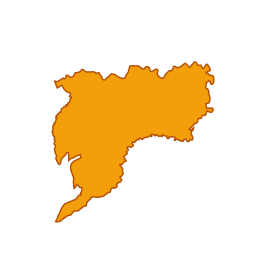 outline of La Tebaida, Quindío, Colombia, rotated 163°
{"feature_id": "7082276B51797720548410", "entity_name": "La Tebaida", "entity_type": "district", "adm_level": 2, "iso_a3": "COL", "parent_name": "Colombia", "parent_adm1": "Quindío", "projection": "robinson", "projection_center": [-75.811, 4.441], "detail": "fine", "context": "isolated", "style": "filled", "palette": "amber", "viewbox_px": 256, "rotation_deg": 163, "n_neighbors": 0, "source": "geoboundaries", "source_scale": "gbopen_adm2", "svg_char_len": 5867}
<svg xmlns="http://www.w3.org/2000/svg" viewBox="0 0 256 256"><g transform="rotate(163 128 128)"><path d="M184.4,194.2L184.1,189.0L183.9,187.0L182.2,187.3L180.0,188.2L178.7,188.0L177.9,184.0L176.4,181.1L174.8,179.6L173.1,178.9L173.3,176.5L174.6,175.3L174.2,174.7L173.2,174.0L173.3,173.7L173.6,173.2L174.3,173.0L175.1,172.3L175.4,170.9L176.4,169.8L177.2,169.5L178.2,169.6L178.4,168.5L179.2,167.6L179.4,167.5L180.6,168.4L180.8,168.2L180.6,167.0L180.9,166.7L181.6,166.7L182.9,167.1L184.1,166.2L185.6,165.9L186.7,165.0L186.8,163.8L187.4,162.9L188.0,162.8L188.8,163.2L189.1,163.1L190.5,161.9L191.8,161.5L192.1,160.7L193.3,160.5L193.5,160.0L192.9,159.7L192.9,159.3L193.8,159.1L194.0,158.8L193.5,158.3L193.5,157.7L194.2,157.3L195.8,154.9L197.7,154.0L197.7,153.4L197.1,152.9L197.3,152.6L199.1,152.0L199.6,151.4L199.5,150.1L200.1,149.4L200.0,148.1L200.4,147.6L201.3,147.3L201.7,146.7L201.7,145.8L201.2,144.4L201.8,143.5L201.8,142.8L201.6,142.1L200.8,141.2L200.8,140.7L201.0,140.2L201.8,139.5L201.3,138.7L201.9,137.8L201.7,136.4L203.2,134.8L203.3,134.1L202.7,132.8L202.6,131.8L203.0,130.9L204.4,129.7L204.5,129.3L204.9,125.2L204.3,122.8L205.6,120.5L205.9,119.1L205.1,114.2L204.1,113.1L203.7,113.2L203.0,114.0L200.6,117.9L198.5,119.2L196.9,119.7L195.9,120.8L194.9,121.3L193.9,122.4L192.3,122.0L193.1,117.7L194.2,114.3L191.3,115.5L188.9,115.4L186.1,116.3L181.4,116.3L181.6,115.9L181.5,113.4L189.1,112.1L191.6,111.0L192.5,110.2L193.6,108.7L194.4,107.3L194.6,106.3L195.0,103.0L194.6,98.4L194.6,95.7L195.9,92.5L196.3,90.9L196.4,88.2L196.9,88.4L197.1,86.6L197.7,85.6L196.0,86.6L193.3,88.8L192.2,87.2L191.6,85.4L191.0,84.9L189.7,84.6L189.4,84.0L190.9,81.0L191.7,80.1L192.6,79.5L192.4,78.3L192.6,77.5L194.6,78.1L198.7,75.1L208.9,74.2L210.8,73.7L212.2,72.9L215.2,70.5L218.3,66.6L220.6,64.5L222.2,62.0L224.6,59.8L223.5,59.0L220.1,58.6L220.1,58.9L211.7,61.8L208.4,61.5L207.5,61.9L205.6,63.4L204.1,64.1L202.2,64.0L199.8,63.3L198.7,63.7L197.1,64.7L195.6,65.0L194.3,65.7L192.4,66.0L190.7,65.7L189.9,67.7L188.5,69.3L184.9,71.0L182.8,72.6L182.4,72.3L181.5,72.6L179.8,71.6L175.8,70.3L175.1,70.2L174.4,70.4L172.4,70.0L171.1,70.1L169.7,70.5L168.8,71.1L167.2,71.2L166.5,72.2L166.0,72.2L164.7,71.8L163.7,71.9L163.3,72.4L162.6,74.1L161.1,75.0L159.5,75.1L158.5,74.4L155.8,74.9L155.6,75.3L155.5,77.1L154.9,77.9L154.0,77.9L153.3,78.9L152.5,78.5L151.0,78.7L149.3,80.1L149.2,81.2L149.8,81.8L150.1,82.6L149.9,83.5L149.5,83.8L148.7,83.7L148.1,83.8L147.5,84.3L146.7,85.3L145.8,85.8L146.0,88.1L145.3,89.6L145.1,90.5L145.5,91.8L145.5,93.1L146.6,94.3L146.3,95.4L145.8,95.6L145.2,95.1L143.9,95.1L141.3,96.8L139.8,96.8L139.5,97.0L139.2,97.7L140.3,98.7L140.0,100.4L140.4,101.3L140.2,102.0L136.3,103.7L136.1,104.1L136.5,105.6L136.4,106.1L134.5,106.5L134.1,107.0L134.1,107.5L134.7,109.3L134.5,109.7L132.8,110.2L131.3,108.8L129.7,108.9L128.0,109.6L127.9,110.2L128.7,111.4L128.2,112.8L127.6,113.2L126.2,112.2L125.7,112.4L124.7,113.5L123.5,113.5L122.2,114.3L120.7,113.7L120.1,114.6L119.8,114.8L118.4,114.0L117.9,112.9L117.5,112.9L117.4,113.7L116.2,113.5L114.0,114.0L111.5,113.4L109.4,114.2L107.9,113.0L107.6,113.3L107.7,114.6L107.3,115.0L106.9,115.0L105.7,114.2L104.4,112.7L103.9,112.7L103.2,113.4L102.8,113.3L101.1,111.1L100.4,110.8L99.6,111.1L98.2,110.0L97.6,110.2L97.1,111.3L96.7,111.5L95.7,110.0L93.5,109.1L93.4,108.5L93.7,107.6L93.7,107.1L93.1,106.4L92.4,106.2L91.7,106.2L91.5,107.2L91.2,107.5L89.3,106.7L88.5,107.0L87.3,106.4L86.1,105.6L85.6,104.9L85.9,104.4L87.0,103.4L87.2,102.8L86.9,102.4L86.2,102.5L85.6,103.3L85.2,103.5L84.3,102.5L83.5,102.3L82.9,101.6L81.8,101.1L81.6,100.2L80.6,99.9L79.5,99.2L79.0,99.3L78.0,100.5L76.6,100.7L75.9,100.2L75.3,97.9L74.8,97.4L73.0,97.8L72.3,98.9L72.0,98.9L70.8,98.0L69.6,97.9L68.9,99.8L68.7,100.9L69.3,103.2L69.3,104.2L67.7,106.7L66.1,107.1L65.2,109.1L67.5,107.9L68.7,107.7L69.5,108.2L69.7,108.5L69.5,109.3L66.7,110.6L64.3,112.1L60.1,113.1L58.6,115.4L57.8,116.3L57.3,116.4L56.0,115.9L54.7,116.1L53.5,118.2L52.6,118.2L50.8,117.6L50.1,117.7L49.2,118.6L48.3,120.1L47.3,121.3L47.0,121.3L45.7,119.6L44.0,118.6L43.4,118.6L41.2,120.4L41.1,121.4L41.5,122.4L44.0,123.0L46.7,124.1L47.0,124.3L47.1,124.7L46.4,128.5L44.0,128.3L43.3,128.5L42.2,129.5L41.3,131.2L40.6,134.5L41.0,137.3L40.1,139.0L40.0,139.9L40.5,142.1L41.9,143.3L41.8,144.2L39.7,148.5L37.0,149.4L36.2,149.3L35.9,145.9L35.4,145.4L34.8,145.4L33.7,145.8L33.2,146.2L32.3,147.8L31.6,149.9L31.4,152.2L31.7,153.3L34.0,154.4L35.3,155.8L35.6,156.9L36.0,157.1L36.8,157.1L37.2,157.8L37.0,158.4L36.7,158.5L34.7,159.0L32.9,158.7L32.4,159.1L32.4,162.1L33.3,165.1L34.1,166.0L34.6,166.0L37.5,163.3L38.2,162.9L38.9,163.1L39.9,166.7L40.6,167.0L42.5,167.3L42.8,167.7L43.6,170.5L44.3,171.4L44.8,171.6L45.6,171.7L47.4,170.3L49.2,169.4L50.4,168.2L51.1,168.1L52.3,169.1L53.2,171.7L54.1,173.0L54.9,173.1L60.1,171.2L62.2,171.0L63.5,171.5L64.9,173.1L66.3,173.6L67.1,172.2L69.2,170.3L69.6,170.1L70.4,170.2L71.5,170.9L76.4,168.4L78.8,165.8L79.9,165.4L81.5,166.0L82.3,166.8L83.1,167.7L84.2,169.9L84.3,170.7L84.1,171.9L82.6,173.7L82.8,175.3L83.1,175.7L84.3,176.1L87.7,175.1L89.2,175.2L89.8,175.8L90.0,176.6L90.0,179.4L90.3,180.0L91.5,181.0L92.9,181.2L93.6,181.0L95.2,179.8L96.2,179.8L97.5,181.1L99.4,183.8L101.6,185.1L103.6,185.3L104.5,186.0L108.2,186.7L109.2,184.8L110.5,183.1L111.3,181.4L113.7,179.7L116.3,176.7L117.4,176.7L119.2,177.3L121.6,178.9L122.7,180.0L124.3,182.3L125.8,183.6L127.7,184.5L128.2,184.6L129.5,184.2L131.2,182.8L133.7,182.2L135.6,180.8L136.6,180.8L137.2,181.1L138.4,182.7L138.5,183.3L138.1,184.1L138.1,184.9L138.8,186.2L139.7,189.4L142.7,189.7L143.4,191.0L145.1,192.1L147.4,192.5L151.6,193.9L152.1,194.3L153.7,196.8L154.7,197.4L155.3,197.4L156.8,196.2L157.8,195.8L159.9,195.7L162.4,196.3L164.0,194.3L165.1,193.4L167.2,193.0L168.1,193.4L170.5,196.1L171.4,196.4L172.0,196.0L172.8,194.2L173.6,193.6L174.4,193.7L175.3,194.6L175.6,194.6L182.5,192.8L183.5,193.9L184.4,194.2Z" fill="#f59e0b" stroke="#b45309" stroke-width="1.5"/></g></svg>